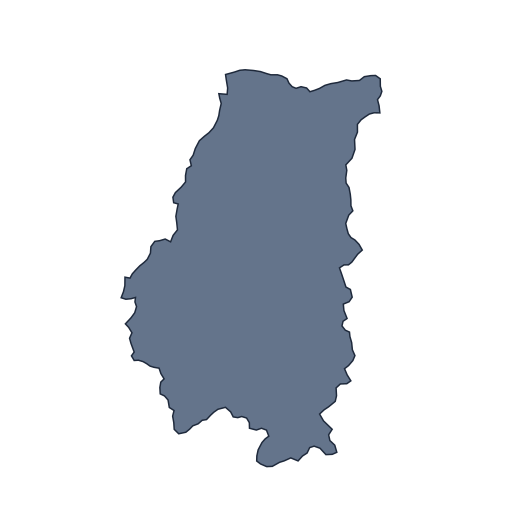 Ribeirão Grande, São Paulo, Brazil (Albers equal-area conic projection), rotated 13°
{"feature_id": "56859067B45987470635802", "entity_name": "Ribeirão Grande", "entity_type": "district", "adm_level": 2, "iso_a3": "BRA", "parent_name": "Brazil", "parent_adm1": "São Paulo", "projection": "albers", "projection_center": [-48.356, -24.183], "detail": "fine", "context": "isolated", "style": "filled", "palette": "slate", "viewbox_px": 512, "rotation_deg": 13, "n_neighbors": 0, "source": "geoboundaries", "source_scale": "gbopen_adm2", "svg_char_len": 2817}
<svg xmlns="http://www.w3.org/2000/svg" viewBox="0 0 512 512"><g transform="rotate(13 256 256)"><path d="M170.6,254.5L169.6,261.4L163.7,259.9L158.6,262.8L154.1,264.5L151.5,270.5L152.5,277.0L150.8,283.7L148.4,287.4L145.0,291.7L141.8,297.0L139.5,301.2L138.2,305.9L133.1,306.1L134.9,314.4L134.9,320.6L134.0,327.0L138.9,327.4L143.9,325.7L147.9,323.5L148.4,328.0L151.0,332.2L150.6,338.6L148.2,344.2L144.0,351.5L148.0,354.2L152.4,358.7L151.3,364.6L153.8,369.2L158.9,377.0L157.1,381.3L160.8,385.2L164.9,384.0L169.7,384.3L173.7,385.5L177.5,387.1L181.7,387.4L186.8,387.1L189.8,392.0L194.1,396.4L191.6,400.3L191.9,405.7L193.7,411.9L198.3,412.9L202.7,416.1L205.6,423.1L210.9,425.0L210.8,430.8L213.4,436.9L215.3,443.3L220.7,446.6L227.3,443.5L230.3,439.6L232.6,435.7L237.4,432.5L240.5,428.2L244.6,426.5L247.6,421.3L250.1,417.6L253.4,413.9L260.3,410.3L266.4,413.6L270.0,417.9L274.6,417.6L278.2,415.6L283.3,416.0L287.0,419.9L288.4,425.3L295.5,425.5L300.1,422.6L305.4,423.3L309.0,428.7L306.1,432.1L303.8,436.4L301.7,444.4L301.8,450.6L302.8,455.6L307.2,457.6L313.8,458.8L319.2,457.3L325.4,451.7L329.5,449.3L335.3,444.9L343.1,446.2L346.3,440.4L350.1,436.5L351.4,430.6L355.4,428.2L361.6,428.9L368.8,433.8L374.9,432.1L378.9,429.1L375.3,422.6L369.5,419.2L367.0,413.9L369.2,407.7L358.9,401.5L353.5,395.7L357.0,390.5L360.6,386.7L365.9,379.8L365.9,374.1L363.7,366.5L367.0,361.7L373.2,360.0L376.5,356.3L371.6,351.4L367.6,345.9L370.8,342.0L373.9,336.1L374.8,330.8L371.0,325.7L368.7,318.9L365.6,313.3L364.2,309.1L359.7,308.2L355.5,304.8L355.5,300.0L358.8,296.4L353.9,289.3L351.9,283.2L357.0,279.6L359.0,274.5L355.5,267.4L350.6,266.0L347.4,260.7L343.6,254.5L340.0,248.8L343.7,244.9L348.1,243.8L350.8,240.3L352.6,236.1L354.6,231.5L358.2,226.3L353.8,221.5L348.7,218.1L344.4,216.7L340.9,213.5L338.5,209.1L336.1,204.1L337.2,195.3L340.2,190.2L337.2,185.7L335.8,180.0L334.0,174.7L331.2,168.3L327.4,164.7L325.9,159.8L325.2,152.1L323.0,147.0L327.5,139.2L328.5,129.9L325.8,120.3L327.0,112.5L325.2,104.9L327.8,99.6L330.9,96.0L334.5,92.2L338.8,89.9L344.5,88.7L342.1,81.9L339.2,76.3L341.1,72.0L341.6,67.3L339.0,62.7L337.2,55.4L331.9,53.2L327.4,54.4L321.2,56.9L317.3,61.7L309.9,63.9L304.6,64.1L296.6,68.6L290.2,71.2L284.8,74.2L280.2,78.4L275.8,81.4L271.6,83.8L267.5,80.9L261.8,80.9L257.3,83.6L253.1,82.9L249.2,80.1L246.3,76.3L240.6,74.8L236.2,74.6L229.7,76.1L225.6,75.9L218.8,75.3L211.9,75.8L203.5,77.0L198.4,78.7L193.5,81.7L185.5,86.0L187.3,90.7L190.6,98.7L191.5,105.0L183.3,106.2L185.1,110.3L187.8,115.2L187.8,122.3L188.2,127.6L187.8,132.4L185.7,140.7L182.4,146.5L178.9,150.8L174.9,156.4L172.7,164.9L172.1,171.9L170.0,177.1L172.7,182.6L168.9,186.5L169.2,193.4L170.7,199.7L167.6,205.8L163.2,212.3L161.8,217.4L163.8,222.6L168.5,222.8L168.6,228.1L169.0,235.4L171.3,241.4L173.6,248.2L170.6,254.5Z" fill="#64748b" stroke="#1e293b" stroke-width="1.5"/></g></svg>